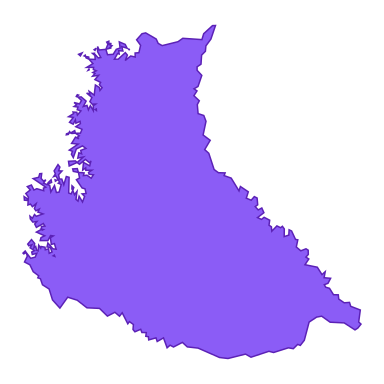 Maracaju, Mato Grosso do Sul, Brazil (orthographic projection)
{"feature_id": "56859067B1064226501781", "entity_name": "Maracaju", "entity_type": "district", "adm_level": 2, "iso_a3": "BRA", "parent_name": "Brazil", "parent_adm1": "Mato Grosso do Sul", "projection": "orthographic", "projection_center": [-55.512, -21.462], "detail": "fine", "context": "isolated", "style": "filled", "palette": "violet", "viewbox_px": 384, "rotation_deg": 0, "n_neighbors": 0, "source": "geoboundaries", "source_scale": "gbopen_adm2", "svg_char_len": 5710}
<svg xmlns="http://www.w3.org/2000/svg" viewBox="0 0 384 384"><path d="M142.0,33.7L136.6,39.8L140.6,45.3L138.9,52.7L135.1,53.0L135.2,57.0L130.7,56.0L125.2,60.5L127.4,55.1L125.3,52.6L118.2,59.2L114.4,59.2L117.6,53.5L119.2,54.0L118.7,50.7L122.9,51.0L121.8,46.6L127.1,48.2L125.2,44.4L119.3,41.9L120.1,48.0L116.3,49.3L113.2,54.3L107.5,54.7L105.9,49.3L99.2,50.0L97.6,46.5L97.6,51.7L100.8,57.5L98.3,57.9L94.8,54.2L95.2,59.4L89.0,59.2L92.9,63.6L86.7,67.4L93.6,67.4L93.3,69.5L96.2,70.8L92.8,72.5L95.0,73.5L92.6,76.2L98.6,75.3L94.9,79.6L100.6,82.4L99.4,84.7L102.1,87.7L100.0,90.4L99.4,87.5L95.4,85.0L94.2,95.1L89.1,91.3L89.8,94.3L86.6,93.0L91.9,97.5L89.9,101.6L93.3,105.4L93.3,110.6L90.4,105.7L88.4,109.8L87.0,105.4L83.3,106.5L86.1,101.1L81.2,96.9L77.9,97.1L81.5,100.5L79.5,103.9L74.1,102.5L76.6,104.8L74.1,106.5L78.0,107.1L77.2,109.7L80.9,110.9L77.4,115.1L76.8,112.3L73.0,112.0L73.6,113.6L68.6,116.7L73.3,117.4L69.5,122.3L73.2,124.2L75.4,119.9L75.9,123.2L80.1,121.4L80.4,123.6L75.8,126.7L82.0,129.3L80.4,133.2L75.4,133.2L79.2,135.8L77.5,137.1L78.8,138.8L75.5,137.1L71.6,143.4L78.1,144.1L69.3,150.1L72.5,151.3L71.4,154.2L73.3,157.6L76.3,149.0L82.5,145.9L85.9,148.4L80.7,150.4L81.6,153.8L78.9,152.8L77.8,158.1L83.4,157.0L77.1,162.5L79.5,164.3L85.4,159.4L89.9,163.0L91.0,160.8L89.7,165.8L83.5,162.4L82.7,170.1L85.7,167.9L85.8,170.3L91.8,170.2L88.5,172.4L89.1,174.3L93.4,174.8L91.2,178.2L87.0,175.2L83.4,175.6L84.1,172.9L78.4,172.4L79.6,178.0L76.4,179.7L82.1,188.0L85.0,188.8L86.1,193.5L82.1,193.9L84.6,196.4L82.5,202.0L79.1,196.2L78.0,201.1L76.0,199.4L77.0,191.4L74.5,194.7L72.8,190.4L71.1,193.9L68.7,193.0L69.1,177.3L66.3,176.5L63.8,184.8L61.8,179.1L59.4,179.0L58.6,174.7L62.0,171.0L58.6,170.8L59.9,167.1L58.0,164.6L54.1,170.9L55.4,173.9L53.6,176.6L55.8,175.9L59.7,182.3L58.3,183.2L61.2,184.5L59.1,192.1L56.4,192.5L54.5,185.5L50.8,192.0L49.7,185.4L43.5,183.3L45.8,179.8L43.5,181.1L41.1,178.4L41.7,173.5L39.7,173.7L38.7,177.3L33.2,178.6L45.8,187.2L43.4,188.1L43.7,190.7L36.8,188.7L33.9,190.0L31.4,185.0L27.3,186.6L30.3,189.9L25.8,193.5L28.4,197.1L27.9,205.0L30.5,204.1L32.4,206.7L36.1,203.7L34.4,208.6L35.9,210.8L39.3,209.1L37.9,212.1L43.0,213.9L36.3,216.3L34.5,214.5L32.4,218.3L30.0,216.2L30.3,218.9L32.8,222.1L36.9,221.5L34.7,224.0L36.4,227.4L43.3,223.5L44.9,226.1L41.4,226.5L41.5,229.3L36.4,232.1L44.7,235.8L41.0,237.6L40.2,240.6L47.9,240.6L50.6,235.5L53.3,235.9L50.4,237.7L51.3,244.4L54.4,243.6L56.1,249.2L52.9,248.8L47.9,243.0L47.0,246.9L50.4,247.6L52.0,252.0L49.2,253.3L48.6,248.8L45.3,249.8L45.0,247.2L41.1,246.5L40.7,248.1L38.7,245.2L38.1,250.9L36.7,250.3L35.7,246.4L33.9,247.8L34.7,243.5L31.5,239.6L27.7,244.1L28.8,245.8L31.9,244.7L30.1,247.8L34.5,250.6L31.7,252.0L32.3,254.5L36.8,253.3L35.2,257.1L30.7,258.3L26.2,252.5L27.3,256.1L24.5,262.0L29.9,264.8L33.2,271.7L38.7,275.8L37.8,277.8L40.4,278.7L42.5,284.8L49.1,289.0L52.5,299.9L59.9,308.1L67.7,297.2L77.2,300.2L86.9,307.8L99.5,308.4L107.4,316.1L114.9,312.3L119.5,316.2L122.2,312.8L127.8,323.8L129.4,321.6L133.4,324.5L133.0,329.5L134.9,331.8L140.7,329.3L141.9,332.5L146.3,332.6L145.8,336.3L148.4,336.7L148.7,339.9L156.0,337.9L157.2,341.5L163.5,337.9L167.1,347.8L170.1,345.2L173.5,347.0L182.4,342.4L187.3,346.9L198.1,348.1L219.5,357.5L228.0,358.5L245.5,354.1L251.0,357.2L268.9,351.3L273.6,352.5L288.4,347.8L293.3,348.7L297.7,344.4L300.3,345.4L304.3,340.3L309.1,322.1L316.6,317.1L321.7,316.2L330.1,322.2L344.2,322.9L355.0,329.9L357.8,328.1L361.0,324.1L358.7,322.0L360.3,310.0L350.7,306.3L349.5,302.4L344.2,302.8L338.7,299.0L338.3,294.8L333.5,294.7L329.5,288.3L325.7,287.2L324.3,284.7L328.0,283.3L330.6,278.3L324.1,277.7L325.2,271.7L322.0,274.6L317.3,267.2L305.0,264.7L308.8,259.0L305.9,257.1L308.3,254.5L308.2,250.2L306.0,248.8L300.8,250.8L296.3,247.0L297.8,239.8L295.5,239.4L291.6,231.0L289.1,229.8L288.8,235.1L284.2,236.6L284.3,228.9L282.4,226.3L280.6,227.7L276.9,225.9L271.8,231.2L271.4,226.8L269.0,225.2L269.7,220.2L264.1,217.3L261.5,219.4L257.5,217.6L263.9,212.7L261.8,208.0L258.2,209.9L255.2,206.6L257.7,204.8L257.1,198.0L254.3,196.6L251.2,200.2L246.3,198.2L248.3,191.8L240.4,186.5L239.0,190.9L231.2,178.1L224.1,175.6L225.1,172.9L218.4,172.7L214.1,169.5L208.8,153.3L204.7,149.6L210.2,140.3L203.1,135.0L206.0,121.3L203.8,115.5L198.1,113.6L197.3,104.6L199.3,100.8L193.9,95.7L197.0,90.9L194.0,88.8L198.0,86.5L201.8,75.4L197.1,70.3L197.1,66.8L201.0,64.2L201.6,55.1L205.4,51.3L205.9,45.9L210.9,39.1L215.5,25.5L212.5,25.6L203.7,33.7L201.9,39.6L182.8,38.3L178.0,41.7L162.2,45.6L158.2,43.4L156.2,39.0L145.7,32.9L142.0,33.7ZM54.3,255.1L54.8,256.4L53.2,255.8L54.3,255.1ZM94.6,104.9L94.1,104.1L95.7,104.1L94.6,104.9ZM96.4,110.4L95.2,109.5L96.3,109.0L96.4,110.4ZM41.5,229.3L43.2,229.6L42.2,230.1L41.5,229.3ZM105.9,49.3L111.4,47.9L109.8,47.6L112.0,45.7L109.5,44.7L111.4,43.4L108.9,43.7L108.8,41.2L106.7,42.1L107.9,44.2L105.9,49.3ZM77.1,162.5L75.4,160.9L68.5,161.3L69.2,166.0L77.1,162.5ZM78.4,172.4L77.3,168.6L72.7,168.9L73.3,171.4L78.4,172.4ZM27.7,200.5L27.1,198.6L24.1,196.6L24.4,200.2L27.7,200.5ZM75.4,133.2L74.7,130.6L70.6,133.0L71.9,133.5L75.4,133.2ZM47.5,184.2L51.6,182.4L51.1,179.8L48.1,182.7L47.5,184.2ZM89.0,59.2L88.7,57.0L85.6,56.5L86.1,57.9L89.0,59.2ZM26.2,252.5L25.2,251.0L23.0,253.1L23.8,253.9L26.2,252.5ZM80.4,55.9L82.1,52.9L78.6,54.3L80.4,55.9ZM72.8,190.4L73.8,187.5L72.0,185.8L71.9,189.0L72.8,190.4ZM75.9,97.0L78.5,95.1L77.3,94.7L75.9,97.0ZM95.0,50.4L96.3,48.2L94.1,49.7L95.0,50.4ZM68.8,133.0L66.5,133.8L66.3,134.8L68.4,134.4L68.8,133.0ZM94.0,54.7L94.4,53.3L92.5,53.4L94.0,54.7ZM70.6,133.0L69.6,131.6L68.8,133.0L70.6,133.0ZM56.8,180.3L55.1,179.8L55.4,181.2L56.8,180.3ZM129.1,49.2L128.2,48.8L129.6,50.2L129.1,49.2ZM85.6,56.5L85.2,55.1L84.1,55.9L85.6,56.5ZM89.2,68.6L88.1,70.3L89.1,69.9L89.2,68.6Z" fill="#8b5cf6" stroke="#5b21b6" stroke-width="1.5"/></svg>